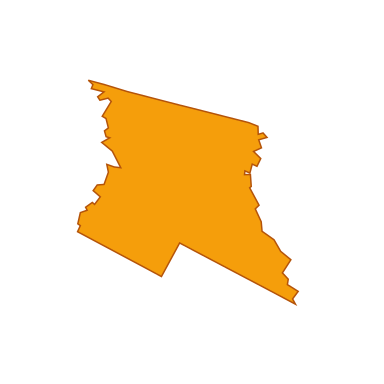 outline of Grant, Louisiana, United States of America, rotated 208°
{"feature_id": "52423323B37806009634223", "entity_name": "Grant", "entity_type": "district", "adm_level": 2, "iso_a3": "USA", "parent_name": "United States of America", "parent_adm1": "Louisiana", "projection": "mercator", "projection_center": [-92.542, 31.593], "detail": "fine", "context": "isolated", "style": "filled", "palette": "amber", "viewbox_px": 384, "rotation_deg": 208, "n_neighbors": 0, "source": "geoboundaries", "source_scale": "gbopen_adm2", "svg_char_len": 1036}
<svg xmlns="http://www.w3.org/2000/svg" viewBox="0 0 384 384"><g transform="rotate(208 192 192)"><path d="M48.0,141.5L53.0,144.8L51.6,154.1L64.3,155.0L66.1,160.2L74.2,163.0L72.9,178.6L85.8,181.2L97.1,188.3L111.7,190.2L116.9,198.2L128.2,206.8L126.6,211.8L143.1,222.8L142.3,224.7L148.6,234.8L153.8,232.0L155.2,235.5L149.8,235.9L151.9,244.9L146.7,245.2L147.0,253.8L156.7,256.7L151.4,263.6L157.6,269.4L151.4,275.4L157.0,277.5L160.6,274.0L164.6,281.0L174.5,279.9L241.9,263.4L242.9,263.1L296.3,250.3L318.9,245.9L336.0,242.0L329.9,240.3L329.4,236.0L316.7,239.1L320.0,231.8L316.4,229.8L310.1,235.5L305.8,234.0L306.8,216.7L302.4,216.5L295.9,209.3L298.0,204.9L293.8,200.5L290.1,201.2L295.0,193.4L281.6,190.7L266.3,180.0L272.4,177.6L280.2,176.4L275.1,170.2L273.2,157.4L279.0,153.7L279.9,146.8L270.7,144.7L272.2,135.3L275.1,136.0L278.8,128.6L276.0,126.7L280.9,121.4L277.9,110.3L274.8,109.9L274.4,103.2L194.0,103.1L179.3,103.0L179.0,139.9L179.0,141.2L161.3,141.2L78.1,141.5L48.0,141.5Z" fill="#f59e0b" stroke="#b45309" stroke-width="1.5"/></g></svg>